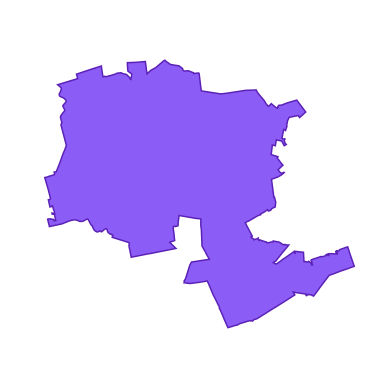 Deleni, Constanta, Romania (Natural Earth projection), rotated 260°
{"feature_id": "2599482B62281823725269", "entity_name": "Deleni", "entity_type": "district", "adm_level": 2, "iso_a3": "ROU", "parent_name": "Romania", "parent_adm1": "Constanta", "projection": "natural_earth1", "projection_center": [28.022, 44.057], "detail": "fine", "context": "isolated", "style": "filled", "palette": "violet", "viewbox_px": 384, "rotation_deg": 260, "n_neighbors": 0, "source": "geoboundaries", "source_scale": "gbopen_adm2", "svg_char_len": 5947}
<svg xmlns="http://www.w3.org/2000/svg" viewBox="0 0 384 384"><g transform="rotate(260 192 192)"><path d="M56.0,234.4L56.2,234.7L57.9,238.9L63.8,253.3L63.7,253.4L72.8,275.4L75.9,274.4L75.2,276.0L71.7,286.4L71.4,286.2L70.8,286.3L70.1,286.6L70.0,287.0L71.0,288.1L70.6,288.7L70.7,289.0L70.1,291.1L69.7,292.1L69.3,292.3L68.4,293.7L74.5,300.2L75.2,300.8L86.1,312.6L86.9,317.5L88.2,323.9L89.3,331.1L90.7,338.9L103.8,336.8L111.0,335.8L110.1,330.4L109.6,327.6L107.9,325.0L108.0,324.8L109.1,324.6L109.0,324.0L108.6,323.4L108.4,323.2L107.1,323.4L106.1,324.4L105.6,324.0L106.2,323.2L106.4,320.9L107.1,318.9L107.0,316.9L107.6,316.4L107.4,315.2L105.8,315.5L105.7,315.1L105.9,315.0L106.5,314.8L106.8,314.5L107.2,314.3L107.1,313.3L106.4,313.5L106.1,312.8L106.0,312.3L106.0,311.6L105.7,310.2L105.7,308.2L106.1,307.9L105.3,302.9L105.0,300.3L104.4,297.6L104.3,297.4L104.0,297.4L102.7,297.9L101.5,297.8L99.3,298.0L99.1,297.4L101.8,296.6L103.5,294.9L102.7,293.8L103.7,292.1L103.9,290.2L113.3,291.3L115.8,282.8L113.8,283.0L113.7,282.8L115.6,282.1L111.3,272.9L110.1,270.2L106.4,262.7L107.3,261.0L108.4,259.8L109.1,261.4L109.3,262.2L109.6,262.8L111.9,265.2L113.4,267.0L114.8,268.5L115.4,269.3L116.5,270.4L117.3,271.5L119.4,273.9L120.5,275.3L123.0,278.1L123.6,275.2L124.2,274.5L123.9,274.2L123.9,273.9L123.9,273.7L124.3,273.3L124.3,272.6L124.5,272.3L126.8,270.0L127.3,269.4L127.8,268.5L128.2,267.1L128.8,265.8L129.0,265.0L129.7,263.5L129.2,263.3L128.8,263.1L128.7,262.8L129.1,261.4L128.8,259.5L128.9,257.1L129.9,256.6L130.2,255.7L132.4,251.6L133.0,250.7L133.1,250.4L133.1,250.2L132.7,249.9L132.7,249.4L134.1,249.2L134.3,249.0L135.1,249.2L134.9,248.4L134.6,247.9L134.4,247.4L134.4,246.6L134.6,245.5L134.5,245.0L134.2,244.8L135.4,244.1L136.5,243.1L136.7,242.4L137.5,242.3L138.1,243.7L152.4,239.1L153.3,241.3L153.5,242.1L153.5,242.6L157.3,252.9L157.4,253.9L158.0,255.0L157.6,255.3L157.8,255.6L158.1,255.8L158.8,256.9L159.8,259.9L161.5,263.3L160.0,263.9L160.1,265.1L160.3,265.9L160.5,266.4L161.0,267.0L161.7,267.5L161.9,267.9L162.8,271.3L167.5,272.7L172.6,272.3L172.5,271.7L190.7,272.5L191.6,277.5L191.8,278.9L193.0,282.3L193.8,284.0L195.2,286.3L195.3,286.2L195.4,285.7L195.1,284.7L194.8,283.9L194.8,283.6L195.5,282.7L196.2,282.1L198.9,280.6L202.6,286.2L205.3,284.6L207.6,283.5L210.7,281.8L211.8,282.8L215.1,276.5L224.3,279.3L223.1,282.1L228.7,284.1L226.6,289.2L221.6,290.8L222.4,293.1L224.3,292.0L227.7,291.9L227.8,292.6L228.3,292.6L228.2,291.5L229.3,289.9L237.7,293.2L236.5,294.6L236.3,294.8L240.2,296.9L241.4,296.9L245.6,298.5L248.6,300.6L248.8,306.1L248.8,310.0L246.6,310.9L251.0,317.9L264.3,311.1L263.5,303.7L263.0,300.0L262.0,295.4L262.0,294.8L262.2,294.0L262.3,292.5L261.2,291.3L260.2,291.4L260.0,290.6L259.7,290.5L260.0,290.0L260.9,289.1L264.7,285.8L265.2,285.6L263.1,282.1L263.7,281.6L266.4,280.1L268.4,279.4L269.8,278.8L273.1,276.9L276.5,274.9L278.5,273.9L281.5,272.8L281.5,271.6L282.8,262.5L283.2,244.4L283.6,237.3L289.9,218.9L290.2,218.7L290.6,218.7L307.6,219.6L307.9,219.4L308.1,218.8L308.4,214.3L308.9,214.4L309.3,214.1L309.5,213.5L310.2,212.5L310.4,212.1L312.0,209.6L312.4,205.8L312.9,204.9L313.2,204.5L313.7,204.3L314.9,204.2L315.4,204.0L318.5,201.1L318.8,200.3L319.9,196.9L321.3,193.1L321.6,192.6L322.8,191.5L325.7,188.6L326.4,188.3L326.4,187.4L320.8,177.9L319.0,172.6L316.2,168.2L328.6,168.7L329.4,159.6L330.6,150.8L329.5,150.7L328.7,150.5L323.1,149.9L322.1,149.9L321.2,150.7L319.0,152.9L318.6,153.1L317.0,152.7L313.4,151.2L313.6,150.9L314.8,150.7L315.3,150.5L318.2,148.6L319.2,147.7L320.4,144.9L321.5,143.1L321.8,142.8L321.9,140.2L322.1,139.1L321.4,136.8L320.8,131.5L320.5,127.1L320.6,126.7L321.1,126.3L321.0,124.3L327.9,124.4L331.8,124.6L331.0,118.5L330.9,118.1L330.5,117.8L330.8,117.3L330.8,116.6L328.1,98.7L323.5,99.1L321.0,78.3L317.9,80.9L317.3,81.2L316.7,81.3L316.1,81.2L313.6,79.8L311.9,78.5L311.4,78.2L310.9,78.1L309.7,78.2L309.1,78.6L306.7,82.1L304.6,83.6L303.8,83.8L302.9,83.6L302.5,83.4L301.8,82.6L300.2,80.6L299.7,80.0L299.1,79.7L295.2,80.8L294.4,80.8L293.9,80.5L292.1,78.3L289.7,75.9L288.2,75.4L282.7,75.9L281.7,75.0L280.8,74.6L260.4,76.3L260.0,76.5L255.6,74.0L252.8,72.1L242.7,66.3L235.5,61.8L235.6,60.5L235.5,59.6L233.6,59.9L233.2,59.7L232.9,59.4L232.4,55.1L232.4,54.2L232.2,53.4L231.9,52.0L231.8,49.5L220.0,50.8L211.9,51.4L210.1,51.4L209.7,51.1L209.4,50.8L209.3,50.4L209.3,49.3L209.3,49.2L201.9,49.5L201.9,50.4L202.6,52.2L198.7,52.6L198.1,52.8L197.0,53.0L194.6,53.0L195.6,50.5L194.5,50.4L193.9,52.6L187.5,52.9L187.7,51.1L188.6,51.1L189.1,50.8L189.7,48.7L190.2,47.9L190.4,46.2L190.3,45.1L182.7,45.6L183.2,58.5L184.8,66.1L185.0,68.2L185.1,70.9L185.0,71.7L183.8,74.6L182.6,76.1L182.1,78.5L182.2,79.8L183.4,83.3L183.5,84.6L182.8,85.0L181.1,85.6L177.1,86.9L175.8,87.9L173.4,88.4L172.0,88.9L171.1,89.4L170.3,90.0L169.2,91.4L169.1,92.0L169.1,92.6L169.2,93.1L169.4,93.8L169.7,94.5L169.7,94.8L169.6,95.1L168.7,95.6L168.5,95.9L168.7,96.5L170.3,99.2L170.9,101.2L170.7,101.5L169.9,101.8L168.2,101.9L167.0,102.2L166.4,102.6L164.9,103.8L164.6,104.3L164.4,105.4L163.9,105.8L163.2,105.9L163.3,106.1L163.5,106.2L163.4,106.4L163.0,106.5L162.3,106.0L161.2,105.6L153.0,121.4L152.6,121.4L150.6,120.7L148.4,120.5L145.8,120.7L138.3,120.8L138.7,138.9L138.6,139.2L139.2,166.4L146.3,161.3L146.4,161.5L146.8,164.2L147.2,166.5L155.9,167.1L157.2,167.1L160.7,167.3L161.5,168.6L160.8,169.5L161.2,172.4L164.7,173.2L171.1,175.2L165.4,191.0L164.0,196.0L157.1,194.8L153.5,194.7L137.1,192.5L132.3,194.1L131.3,194.6L129.3,195.1L122.7,197.4L123.1,179.4L120.6,177.3L108.0,170.7L107.1,170.1L105.8,168.8L104.7,168.8L104.0,168.4L103.5,170.2L103.1,171.0L102.2,174.2L101.8,182.9L101.7,191.6L96.5,192.9L86.6,195.1L84.7,195.8L76.0,198.3L74.4,198.9L73.7,199.0L73.1,198.7L72.7,198.7L72.0,198.9L70.7,199.4L69.1,199.7L68.8,199.9L60.7,201.7L52.2,203.8L52.7,208.9L53.1,210.7L53.0,212.8L53.3,214.2L54.0,215.9L55.0,224.0L55.2,226.6L54.9,227.1L54.9,227.7L54.9,228.5L54.5,228.9L54.4,229.2L54.5,229.6L55.3,230.2L55.5,230.7L56.0,234.4Z" fill="#8b5cf6" stroke="#5b21b6" stroke-width="1.5"/></g></svg>